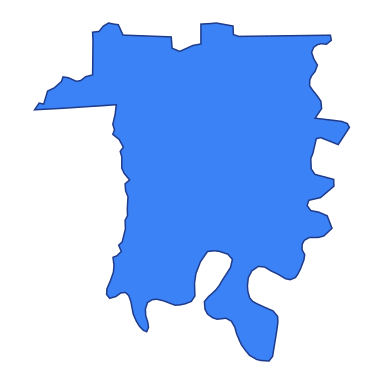 Veranópolis, Rio Grande do Sul, Brazil
{"feature_id": "56859067B2457247934767", "entity_name": "Veranópolis", "entity_type": "district", "adm_level": 2, "iso_a3": "BRA", "parent_name": "Brazil", "parent_adm1": "Rio Grande do Sul", "projection": "equal_earth", "projection_center": [-51.552, -28.98], "detail": "fine", "context": "isolated", "style": "filled", "palette": "blue", "viewbox_px": 384, "rotation_deg": 0, "n_neighbors": 0, "source": "geoboundaries", "source_scale": "gbopen_adm2", "svg_char_len": 2352}
<svg xmlns="http://www.w3.org/2000/svg" viewBox="0 0 384 384"><path d="M330.4,35.2L238.8,36.4L233.4,34.6L233.0,26.0L216.2,23.0L211.3,23.5L200.9,24.1L200.9,44.0L193.1,45.4L179.6,51.4L172.1,48.2L171.2,36.9L123.0,35.1L118.3,24.7L113.8,24.1L108.5,23.0L103.2,26.2L99.1,31.4L92.6,32.2L93.0,40.6L92.6,74.9L85.7,76.7L80.6,80.6L76.3,81.3L68.3,77.7L63.0,76.9L61.5,81.4L54.4,87.8L47.6,91.1L43.7,104.1L39.2,103.1L34.6,109.8L62.5,108.3L116.3,104.7L115.2,114.1L112.8,124.3L114.5,129.7L112.8,134.4L119.1,139.4L123.4,147.2L120.2,151.4L121.8,156.9L121.8,162.6L121.8,168.2L124.2,173.4L129.6,179.9L125.1,183.8L125.6,190.9L128.0,196.7L127.3,208.4L127.5,215.8L125.1,220.3L125.4,229.1L122.2,241.8L118.7,245.2L121.3,251.5L116.9,255.8L113.0,257.3L114.0,265.7L113.4,272.2L110.5,280.5L106.9,288.9L106.6,294.4L109.7,298.3L115.9,296.5L120.9,292.9L125.5,292.5L128.7,295.5L130.9,301.7L133.2,314.0L136.4,321.3L139.4,326.2L143.2,330.2L146.7,331.7L148.5,327.4L147.7,321.8L145.7,315.6L145.4,309.0L147.5,302.5L152.2,299.7L156.7,299.2L163.8,300.9L175.0,305.2L180.0,304.9L185.5,303.7L191.3,301.4L194.9,296.0L194.5,283.2L195.9,273.5L200.4,261.8L207.5,251.5L214.2,250.8L219.1,251.3L227.9,254.2L232.4,259.4L230.5,267.5L226.5,273.8L222.9,279.3L219.4,285.3L216.2,289.5L212.0,293.6L208.6,296.5L204.4,301.5L205.0,309.2L207.5,314.0L212.5,317.7L217.0,319.2L222.1,318.7L225.8,318.2L231.3,321.1L234.8,327.1L236.5,333.4L239.5,340.6L241.6,345.1L245.5,350.4L249.5,355.3L256.5,359.4L261.0,360.5L269.0,361.0L272.6,356.3L273.9,348.2L275.3,339.6L276.3,333.6L277.1,328.1L277.9,322.1L277.6,316.4L273.0,310.9L264.4,307.2L257.3,303.9L252.8,301.5L249.7,298.0L247.9,291.5L247.4,285.8L248.3,277.7L251.8,270.9L258.3,266.4L264.6,267.0L271.0,270.9L277.6,274.0L285.5,278.7L290.2,279.7L295.5,277.5L298.0,273.8L300.6,268.5L303.9,259.9L304.7,254.7L302.1,249.8L302.1,244.5L304.3,240.3L309.4,237.5L313.7,237.5L318.8,237.4L323.9,235.9L332.0,228.3L327.2,215.8L318.6,212.1L310.8,210.6L307.1,205.6L308.8,200.3L320.5,197.6L333.9,186.2L333.7,179.4L314.9,174.4L311.2,168.9L310.8,158.5L312.8,153.5L316.3,138.7L320.6,137.6L338.2,144.6L349.4,127.4L347.3,123.5L341.7,121.4L315.1,118.2L321.6,108.6L320.9,101.3L317.3,96.0L312.5,90.0L309.6,85.8L309.8,79.8L311.6,75.8L315.1,71.4L317.4,65.1L313.9,59.1L311.6,52.4L313.7,47.2L317.4,44.7L321.0,43.7L326.5,44.2L331.3,40.3L330.4,35.2Z" fill="#3b82f6" stroke="#1e3a8a" stroke-width="1.5"/></svg>